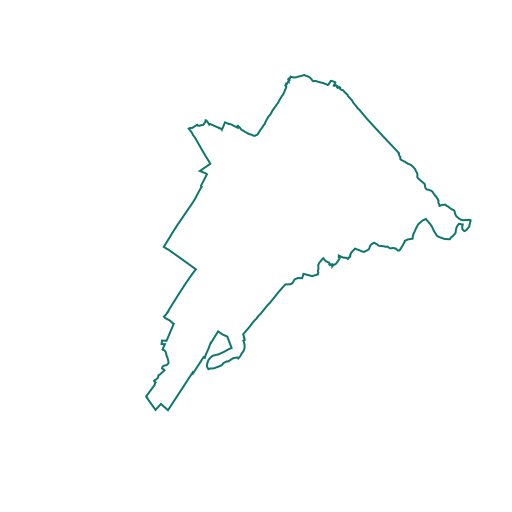 Sagna, Neamt, Romania, rotated 313°
{"feature_id": "2599482B81095036257311", "entity_name": "Sagna", "entity_type": "district", "adm_level": 2, "iso_a3": "ROU", "parent_name": "Romania", "parent_adm1": "Neamt", "projection": "equal_earth", "projection_center": [27.059, 46.971], "detail": "fine", "context": "isolated", "style": "outline", "palette": "teal", "viewbox_px": 512, "rotation_deg": 313, "n_neighbors": 0, "source": "geoboundaries", "source_scale": "gbopen_adm2", "svg_char_len": 6067}
<svg xmlns="http://www.w3.org/2000/svg" viewBox="0 0 512 512"><g transform="rotate(313 256 256)"><path d="M428.5,388.6L428.1,387.6L427.7,387.1L425.9,385.5L423.3,382.8L422.3,381.3L421.8,378.5L421.7,376.1L421.7,375.5L422.2,373.9L422.8,372.6L424.1,370.9L424.4,369.3L423.9,368.0L423.4,365.8L423.3,364.5L423.2,362.6L422.6,361.1L422.7,359.5L420.5,357.4L417.8,356.0L418.8,354.5L419.1,353.6L419.5,352.8L421.0,351.7L421.2,350.7L421.7,350.4L421.6,349.8L421.7,349.2L421.9,348.8L422.4,347.0L422.2,346.0L422.5,345.3L422.9,342.8L423.3,341.7L423.2,339.6L422.2,337.1L421.2,335.7L421.1,335.2L421.1,334.4L421.4,333.4L422.4,331.9L422.9,331.4L423.4,330.5L423.7,330.2L423.7,329.9L423.4,323.5L423.4,321.5L423.6,320.3L426.1,318.1L426.9,316.1L427.2,314.9L428.1,313.0L428.1,311.9L428.3,310.9L428.3,307.5L427.3,304.4L427.0,304.2L426.9,302.9L426.7,302.3L426.6,300.8L426.2,300.0L426.0,299.0L425.7,298.1L425.3,296.5L425.2,295.8L425.4,295.3L426.8,294.1L427.1,292.5L427.5,291.9L427.9,290.9L428.1,290.6L428.7,290.5L430.6,261.4L432.0,243.7L433.5,231.3L433.3,229.5L433.7,228.3L434.5,222.4L435.1,220.7L435.3,219.8L435.7,214.3L435.8,214.0L436.3,213.3L436.4,212.9L436.2,211.8L436.4,210.1L436.2,209.3L436.6,206.8L436.3,205.9L435.7,205.1L435.6,203.5L436.4,202.9L436.2,202.6L436.3,202.4L436.5,201.9L436.4,201.6L435.2,201.5L434.8,201.3L434.6,200.7L434.6,200.3L434.8,199.9L435.7,199.9L435.7,199.5L435.6,199.0L435.5,198.8L435.5,198.3L435.2,198.0L433.8,197.3L433.6,196.7L434.8,196.3L435.9,196.2L437.0,195.8L437.1,195.5L437.0,194.8L435.7,192.3L435.5,191.7L435.0,191.2L433.0,191.8L432.1,191.7L430.9,192.2L429.9,191.8L429.9,191.3L429.5,190.1L428.8,188.8L428.5,187.3L427.6,186.0L425.9,182.9L424.5,179.9L422.8,178.6L422.8,178.2L423.3,173.9L423.1,173.0L422.4,170.6L421.5,168.9L421.4,167.9L419.5,166.9L415.8,164.4L414.7,163.9L413.8,163.2L412.6,162.2L411.8,161.0L410.8,159.0L408.6,159.8L408.2,159.0L407.3,159.0L407.2,159.6L407.2,160.5L406.7,160.4L406.1,160.5L406.1,160.8L405.8,161.1L405.8,160.9L405.6,160.5L403.2,161.1L402.6,161.4L402.4,161.2L402.4,160.6L400.6,161.2L400.6,162.3L400.5,162.8L396.1,164.5L392.8,165.6L390.8,165.8L388.8,166.3L387.8,166.4L383.1,167.6L373.2,168.9L372.1,169.3L369.7,169.9L368.0,170.1L367.4,169.9L366.4,170.2L364.9,170.3L359.3,171.9L358.4,172.5L357.0,172.3L355.6,172.7L351.3,173.2L345.7,174.3L344.0,173.4L343.0,173.2L342.1,171.7L342.0,171.1L341.5,169.6L340.1,167.1L340.2,166.7L339.9,165.5L339.3,163.5L339.0,161.0L338.6,160.4L338.5,159.8L338.4,158.9L338.8,157.2L338.9,153.9L338.5,153.8L337.3,155.1L336.4,152.1L336.0,151.1L335.6,148.9L334.7,146.9L333.9,145.9L333.8,145.4L332.6,142.2L325.2,144.9L325.4,144.4L325.4,143.9L324.9,143.2L324.6,142.2L324.2,141.7L324.3,141.5L324.5,141.5L323.6,139.2L321.4,132.8L321.0,132.2L320.2,132.2L321.1,128.7L321.2,127.0L320.9,126.6L319.7,127.5L315.8,127.9L315.3,127.6L314.5,126.8L312.8,126.0L312.5,125.7L312.4,125.3L311.8,124.7L311.7,124.3L311.8,123.5L305.8,121.9L305.2,120.8L303.6,120.0L303.3,119.9L302.4,125.3L301.5,127.3L301.0,130.5L295.8,147.2L292.5,159.1L292.2,159.7L279.9,157.0L282.2,163.0L282.3,164.4L269.7,167.9L269.6,169.1L268.9,169.1L264.4,170.2L256.1,172.5L251.8,173.3L224.4,177.5L214.6,179.3L213.2,179.7L199.8,182.3L200.5,186.2L201.1,188.1L201.1,188.9L204.0,210.9L205.1,219.9L205.3,221.1L199.6,221.6L193.9,222.4L185.2,223.7L183.6,224.1L177.0,225.2L162.4,228.0L157.8,228.9L157.1,229.2L154.5,229.6L154.6,229.8L151.6,230.1L148.9,230.0L148.6,231.6L150.1,237.1L150.1,241.3L150.3,242.1L133.0,248.4L130.0,244.9L127.2,247.0L129.4,249.5L123.9,251.4L123.9,252.0L124.3,252.6L124.5,253.7L124.3,255.1L123.2,257.1L122.3,258.3L121.0,261.0L119.6,263.2L118.2,264.9L117.6,265.1L116.0,265.2L115.3,265.0L113.2,263.6L112.1,263.2L111.2,263.2L110.5,263.5L109.7,264.0L110.1,266.1L109.8,266.3L109.9,267.0L103.5,266.5L102.3,266.0L100.7,267.1L99.4,267.3L97.8,267.2L96.3,266.7L95.3,266.6L95.1,266.7L95.0,266.9L95.1,268.8L93.4,269.2L92.7,269.8L78.5,271.4L78.2,273.0L77.9,272.9L74.9,287.5L83.0,287.4L83.2,296.8L127.6,289.1L127.2,290.0L146.5,286.6L146.6,288.0L150.0,286.4L155.5,284.6L161.7,282.0L161.8,282.3L175.0,279.7L175.8,285.0L177.5,290.0L172.1,300.9L168.7,299.4L164.4,298.1L158.4,295.6L153.4,292.3L150.4,292.0L147.3,292.2L144.8,293.3L142.2,294.9L141.4,296.4L140.8,298.4L142.5,299.2L144.8,301.6L149.7,304.1L152.6,305.4L155.5,305.2L158.9,306.4L159.8,307.5L165.7,309.0L168.9,311.4L168.9,312.9L172.2,312.8L174.5,312.1L177.9,311.7L179.3,311.2L180.8,310.4L182.6,308.9L183.5,307.8L184.0,307.1L185.5,304.4L186.9,305.0L187.2,304.7L187.7,304.0L187.9,303.1L188.2,303.2L190.0,300.0L199.8,299.6L205.5,299.0L208.9,298.9L209.9,299.1L211.9,299.0L212.0,298.8L212.3,298.7L216.4,298.8L227.9,298.0L231.7,298.1L244.7,297.1L250.6,296.9L255.4,296.9L256.5,298.2L258.8,300.4L260.9,301.2L265.4,300.2L268.5,301.7L271.2,304.9L275.3,302.9L279.6,310.8L284.7,313.8L285.2,313.1L286.5,312.8L287.2,311.6L289.0,310.5L290.9,308.7L291.6,307.8L294.3,306.9L298.2,306.7L300.2,306.7L299.8,310.6L300.1,311.4L300.8,313.8L301.0,313.9L301.0,314.2L300.7,315.1L299.8,315.4L299.8,316.3L301.4,316.9L302.0,317.4L300.4,318.9L301.9,318.8L302.5,319.0L303.7,319.5L305.4,319.8L311.1,318.8L311.6,318.5L311.5,318.1L311.6,317.3L312.8,316.3L313.9,319.8L314.4,320.9L316.3,323.4L316.4,323.8L316.5,325.2L317.1,325.3L318.3,324.9L319.5,325.4L320.5,324.9L320.6,324.5L320.8,324.2L321.3,324.0L321.8,323.9L324.1,323.3L326.0,323.3L326.6,323.4L328.9,323.3L332.2,331.6L332.6,332.2L333.6,332.5L336.4,333.6L338.2,333.9L340.9,332.7L342.3,332.4L344.2,332.7L346.2,333.3L347.0,336.1L347.2,338.7L347.7,339.5L349.8,342.2L351.0,344.1L351.1,344.5L352.6,345.8L352.7,347.4L353.1,348.8L354.1,349.9L355.6,351.0L356.3,352.7L356.8,353.0L356.7,355.9L357.8,357.1L359.6,356.9L362.8,356.3L367.3,355.2L368.5,354.5L371.6,355.7L375.4,358.7L378.6,356.5L385.4,354.2L389.8,353.0L395.5,353.6L398.9,355.0L398.2,361.5L397.3,365.1L395.7,368.9L394.2,374.5L394.7,376.9L397.2,382.5L400.4,386.3L402.9,386.0L405.1,386.3L407.8,386.3L409.3,386.0L411.7,384.2L414.1,383.0L416.7,382.5L417.9,382.4L420.0,385.7L418.0,386.9L416.4,388.6L416.2,390.6L416.4,391.5L417.1,391.8L418.4,392.1L422.6,392.0L426.5,389.7L428.1,389.0L428.5,388.6Z" fill="none" stroke="#0f766e" stroke-width="2"/></g></svg>